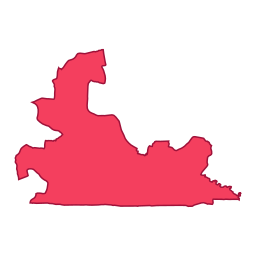 outline of Sissili, Sissili, Burkina Faso
{"feature_id": "67063806B75900195473972", "entity_name": "Sissili", "entity_type": "district", "adm_level": 2, "iso_a3": "BFA", "parent_name": "Burkina Faso", "parent_adm1": "Sissili", "projection": "orthographic", "projection_center": [-2.154, 11.45], "detail": "fine", "context": "isolated", "style": "filled", "palette": "rose", "viewbox_px": 256, "rotation_deg": 0, "n_neighbors": 0, "source": "geoboundaries", "source_scale": "gbopen_adm2", "svg_char_len": 5808}
<svg xmlns="http://www.w3.org/2000/svg" viewBox="0 0 256 256"><path d="M15.6,162.8L16.2,163.4L16.5,163.9L17.0,165.6L16.7,169.0L17.2,170.5L17.5,172.1L17.5,173.9L18.0,175.2L18.6,177.6L18.7,179.5L26.8,176.4L27.9,175.8L28.1,175.6L28.0,175.1L27.1,171.5L27.0,170.5L27.3,169.9L27.8,169.4L28.8,168.9L31.1,168.8L33.0,169.2L34.0,169.8L37.0,172.7L38.9,174.1L40.5,176.6L42.3,178.4L44.4,179.9L46.2,180.8L47.6,182.2L47.8,182.6L47.9,183.8L47.2,188.4L46.6,190.3L45.5,192.7L45.2,193.2L44.0,193.6L42.8,193.6L40.5,193.2L37.7,193.1L36.4,193.5L36.0,193.7L35.9,195.3L35.2,196.9L34.5,197.8L33.8,198.3L31.4,199.8L30.6,200.9L30.3,201.8L30.1,202.9L31.9,203.0L32.5,203.2L33.0,203.0L36.6,203.3L47.4,203.0L49.7,203.5L52.4,203.6L56.1,204.4L56.7,204.3L60.0,204.3L62.0,204.8L64.2,205.1L76.0,204.9L83.3,205.0L86.1,204.8L88.0,205.0L92.0,205.1L98.2,204.9L101.3,204.6L104.0,204.6L104.8,204.4L108.2,204.7L111.2,204.9L113.1,205.4L114.3,205.2L120.6,206.1L136.3,206.0L137.9,206.2L138.5,205.9L149.8,205.5L151.7,205.9L156.9,205.5L180.2,205.3L185.8,205.4L187.3,205.9L188.1,206.3L192.3,206.2L194.3,205.0L201.4,202.9L203.7,202.7L206.0,203.4L207.7,204.1L208.4,203.9L212.3,204.3L212.8,203.7L213.1,202.2L212.8,200.9L212.9,199.9L213.2,199.2L221.8,199.3L223.8,199.5L225.8,199.2L229.3,199.4L233.4,199.3L238.3,199.3L239.1,199.9L239.3,198.7L238.8,197.8L238.2,197.4L238.2,196.9L239.1,196.1L240.3,195.8L240.3,194.9L239.9,194.2L239.9,193.9L240.0,193.7L240.6,193.5L240.4,193.2L240.4,192.8L239.8,192.9L239.3,192.8L238.6,193.6L238.5,194.4L238.4,194.9L237.9,195.3L237.0,195.6L236.5,195.4L236.0,194.7L235.7,194.4L234.5,194.1L233.1,192.9L232.9,192.5L232.8,191.8L232.2,191.7L231.5,190.9L230.0,189.8L229.8,189.3L229.7,188.5L230.0,188.3L230.7,188.3L230.9,188.1L231.3,186.9L231.1,186.6L229.4,186.4L227.9,186.9L227.6,187.3L227.0,187.2L226.1,186.1L225.5,186.0L224.2,186.3L223.5,187.0L222.8,187.3L222.0,187.1L221.6,187.2L220.9,187.1L220.1,186.5L219.9,186.2L219.8,185.8L220.0,185.5L220.7,185.0L220.7,184.8L219.7,183.8L218.9,183.6L217.9,184.7L217.5,184.7L217.3,184.8L216.8,184.4L216.5,184.4L216.0,184.0L216.1,182.2L216.4,182.0L216.9,181.8L216.9,181.3L216.2,180.7L215.6,180.7L215.3,180.4L215.1,180.3L214.5,181.0L213.3,180.8L212.8,181.1L212.3,182.0L211.3,181.9L211.2,181.7L210.5,181.5L210.0,181.2L209.7,180.8L209.6,180.0L209.8,179.2L209.2,178.5L207.9,178.1L207.1,177.5L206.0,177.0L204.9,176.8L204.9,176.4L205.3,175.8L205.2,175.2L205.1,174.9L204.0,175.1L203.5,175.3L202.6,175.3L201.8,175.0L201.2,175.0L200.9,174.6L201.1,174.4L201.2,173.7L201.9,172.3L203.0,170.9L206.6,166.7L207.5,165.4L207.7,164.2L207.4,163.6L207.1,162.3L207.2,160.3L207.6,157.3L208.3,156.4L208.8,155.9L210.5,155.1L211.4,154.3L211.7,153.5L211.6,151.2L210.8,148.4L211.0,146.8L211.5,145.6L210.7,145.1L210.5,144.7L210.2,144.5L209.4,143.4L209.3,142.7L209.0,142.5L208.5,141.9L207.9,141.9L207.5,141.3L206.6,141.3L205.6,140.9L205.2,140.6L205.0,140.0L204.3,139.4L203.9,138.5L203.2,138.2L199.0,137.4L194.9,136.7L193.6,136.8L193.0,137.0L192.2,137.7L191.4,138.7L188.7,142.5L186.8,144.0L184.6,146.2L182.9,147.4L181.2,148.4L178.9,149.3L176.7,150.5L175.9,150.5L174.8,150.2L174.4,150.0L172.5,148.0L171.7,147.4L171.4,147.5L170.4,147.1L169.1,146.9L168.5,146.6L168.7,145.5L169.1,144.0L169.0,143.4L168.4,142.2L168.7,141.1L160.6,141.4L155.9,141.3L154.8,141.7L154.5,142.5L152.9,143.8L152.6,144.4L152.3,146.4L150.5,146.3L149.8,145.8L149.3,146.1L148.8,146.7L148.4,147.4L148.1,148.3L148.0,149.1L147.8,149.7L147.4,153.6L147.0,154.5L146.2,154.8L146.2,153.8L145.1,154.8L145.2,155.4L144.9,155.6L144.5,155.6L143.1,154.6L141.9,154.7L140.3,154.4L139.9,154.0L139.3,154.0L138.8,153.6L138.1,153.8L137.6,153.4L137.9,152.1L138.1,151.7L138.0,151.2L137.2,151.1L136.6,150.7L136.4,150.2L136.4,149.7L136.9,149.1L137.0,148.5L133.6,146.6L131.0,145.0L129.0,143.3L126.8,140.9L125.2,138.6L123.8,135.1L121.5,130.4L121.1,129.2L119.4,122.4L119.0,121.1L115.8,117.1L113.9,115.4L112.7,115.0L111.7,114.9L104.4,115.7L103.4,115.6L98.2,115.7L97.5,115.6L95.9,115.0L94.0,114.0L91.7,113.1L90.0,112.2L89.1,111.5L88.0,110.0L87.6,109.2L87.3,108.2L87.1,105.4L87.6,98.6L87.5,96.4L87.9,86.1L88.3,83.4L89.9,81.4L90.4,80.6L91.0,80.3L91.8,80.5L92.3,80.9L93.0,81.3L94.8,81.7L95.5,81.6L96.4,81.9L98.3,82.0L99.3,82.7L103.2,83.6L103.8,83.5L104.2,83.2L104.6,83.2L105.0,82.1L105.4,78.8L105.1,75.8L103.7,70.9L103.2,69.6L101.8,67.0L101.9,66.3L102.1,66.1L102.7,65.8L105.0,65.5L105.6,65.2L105.8,64.7L105.1,61.7L103.7,53.7L103.2,49.7L101.8,49.7L100.6,50.3L98.6,50.5L97.7,51.3L96.4,51.4L95.7,51.8L94.0,51.5L85.5,53.6L84.5,53.7L80.0,53.2L78.2,53.5L77.7,53.7L76.5,55.1L75.7,56.7L74.3,58.2L72.5,59.3L68.7,60.5L67.6,61.5L65.5,64.2L63.9,66.7L63.2,67.7L62.1,68.6L61.6,69.4L61.2,69.0L60.5,68.7L60.0,68.7L58.8,68.1L58.7,67.9L58.3,68.9L57.5,71.9L57.3,75.6L56.9,78.0L56.5,78.5L56.0,78.9L53.9,79.6L53.0,80.2L52.6,80.6L52.6,81.2L52.8,81.6L54.2,84.0L54.4,84.7L54.2,86.5L54.8,87.8L55.0,89.5L54.7,93.1L54.7,96.0L54.4,98.3L54.2,98.9L53.7,99.2L53.2,99.2L48.4,98.8L47.2,98.8L42.6,98.2L41.4,98.3L36.9,100.3L34.4,101.6L32.2,102.3L35.1,103.7L36.8,105.3L37.6,106.9L38.2,109.5L38.2,112.4L37.8,115.4L37.1,118.0L37.3,119.0L37.5,119.6L37.9,120.1L39.8,121.9L42.6,123.9L46.4,125.5L48.7,126.1L52.2,129.1L54.2,130.1L55.6,130.4L58.3,130.7L59.3,131.3L59.8,131.9L60.7,132.3L62.4,134.1L62.6,134.6L62.2,134.8L61.0,136.3L59.1,137.4L58.2,138.3L56.3,139.1L56.3,139.5L55.9,139.8L56.0,140.2L55.8,140.7L55.4,140.8L54.7,140.4L54.2,140.3L53.2,141.1L51.1,140.6L50.8,140.7L47.8,140.6L47.2,140.9L45.8,140.5L45.5,140.7L45.6,141.1L45.1,142.0L45.0,142.8L44.7,145.1L44.8,146.5L44.4,148.2L44.0,148.7L42.3,148.2L40.6,148.1L40.0,148.3L34.6,147.7L32.7,148.0L32.1,147.5L30.2,146.6L29.7,146.6L27.6,145.3L26.7,144.8L26.3,144.7L23.5,146.5L21.5,148.2L20.8,149.2L19.3,152.9L17.9,154.4L16.2,155.5L16.2,155.9L15.4,157.7L15.4,158.7L15.6,159.0L15.8,160.2L15.5,160.8L15.4,161.4L15.4,162.3L15.6,162.8Z" fill="#f43f5e" stroke="#9f1239" stroke-width="1.5"/></svg>